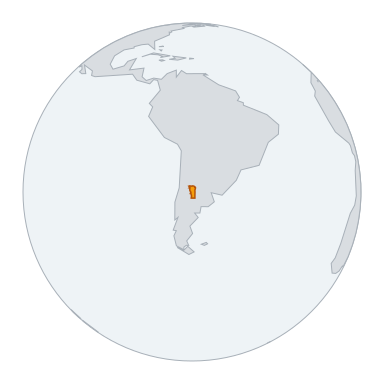 the Earth from above San Luis
{"feature_id": "ARG-1298", "entity_name": "San Luis", "entity_type": "Province", "adm_level": 1, "iso_a3": "ARG", "parent_name": "Argentina", "parent_adm1": "", "projection": "orthographic", "projection_center": [-66.295, -33.924], "detail": "fine", "context": "on_globe", "style": "filled", "palette": "amber", "viewbox_px": 384, "rotation_deg": 0, "n_neighbors": 0, "source": "natural_earth", "source_scale": "10m", "svg_char_len": 4421}
<svg xmlns="http://www.w3.org/2000/svg" viewBox="0 0 384 384"><circle cx="192" cy="192" r="169" fill="#eef3f6" stroke="#a8b0b8"/><path d="M165.4,25.2L164.4,25.4L167.1,25.3L170.1,24.7L169.1,24.6L171.8,24.3L186.3,23.1L200.8,23.3L210.5,24.2L211.1,24.4L203.8,24.3L191.8,23.9L182.3,25.5L194.4,24.3L195.7,25.6L198.4,25.9L201.8,25.9L203.6,25.5L205.3,26.1L194.0,27.1L192.3,26.5L195.9,26.1L190.2,26.1L182.6,27.6L183.9,28.5L171.1,31.0L171.8,31.9L169.5,33.2L169.1,31.5L169.5,34.8L154.6,41.2L154.8,49.5L148.2,44.1L141.9,44.7L134.2,46.7L134.1,48.0L124.1,49.9L114.6,55.8L110.2,64.2L113.0,69.2L124.1,65.9L127.9,61.3L136.3,58.5L129.5,69.9L144.0,68.1L142.1,76.8L146.2,80.5L153.7,78.1L161.4,79.3L167.2,73.6L176.3,70.1L176.3,77.2L181.5,70.5L186.5,73.7L204.8,73.6L203.3,75.1L218.7,84.8L235.6,90.9L239.5,97.3L237.4,100.6L243.3,102.7L243.4,105.2L266.8,114.6L278.8,124.9L278.4,134.2L268.3,142.3L259.1,165.3L241.0,169.9L236.3,180.3L222.1,195.2L211.2,192.7L214.3,201.8L208.2,206.7L201.1,206.6L199.9,213.0L194.6,213.0L198.2,217.5L189.9,226.1L192.6,233.5L186.7,240.9L188.7,245.4L186.3,245.3L183.9,247.1L183.8,249.7L176.4,245.8L173.9,235.8L176.3,230.7L173.2,230.1L178.0,217.3L174.8,220.0L174.9,202.1L179.2,187.9L181.3,150.8L177.5,144.2L164.4,137.5L148.6,116.4L152.7,106.9L149.3,103.4L160.3,90.2L157.6,80.4L153.7,79.6L149.8,83.8L136.8,80.2L132.6,74.2L95.0,76.7L91.6,75.5L92.4,70.9L84.5,65.0L85.8,73.6L81.8,73.7L79.5,71.8L82.0,69.4L81.9,65.8L79.0,67.1L81.6,64.1L92.1,55.8L103.1,48.3L114.8,41.7L126.9,36.1L139.4,31.4L152.3,27.8L165.4,25.2ZM153.6,52.9L170.3,55.8L160.4,57.5L162.4,56.3L158.2,54.8L150.3,54.2L141.8,56.8L153.6,52.9ZM161.8,46.6L158.9,46.7L161.8,46.3L161.8,46.6ZM188.9,254.5L177.1,247.4L183.7,250.4L187.8,246.3L194.1,251.9L188.9,254.5ZM201.3,244.2L206.3,242.4L207.6,243.8L204.4,245.4L201.3,244.2ZM311.3,72.3L305.9,67.2L302.7,64.4L311.3,72.3ZM348.1,256.6L343.0,266.8L342.4,266.0L339.0,271.1L335.7,273.4L332.1,273.1L331.2,263.4L335.2,257.9L340.8,243.4L350.3,213.3L354.7,205.1L356.3,195.9L355.2,170.5L355.8,161.8L354.5,155.7L352.4,152.8L350.4,145.6L348.8,143.1L335.4,132.0L328.7,121.0L314.7,96.1L315.3,91.0L310.9,82.7L311.2,72.2L312.3,73.3L320.6,82.4L328.3,92.1L335.2,102.4L341.4,113.1L346.8,124.2L351.3,135.7L355.0,147.5L357.8,159.6L359.7,171.8L360.8,184.1L360.9,196.4L360.1,208.8L358.4,221.0L355.9,233.1L352.4,245.0L348.1,256.6ZM317.0,80.1L318.4,82.2L317.0,80.1ZM205.4,73.5L207.5,75.0L204.6,74.9L205.4,73.5ZM158.9,60.1L162.5,59.8L164.3,60.5L161.5,61.2L158.9,60.1ZM189.7,58.1L194.0,58.6L189.5,59.1L189.7,58.1ZM172.9,56.2L186.3,57.9L177.7,60.1L169.2,59.3L175.2,58.3L172.9,56.2ZM159.8,49.8L162.0,50.0L161.2,51.0L159.8,49.8ZM163.9,46.4L163.0,46.6L162.0,46.0L163.9,46.4ZM196.4,25.5L197.3,25.4L200.7,25.6L199.0,25.8L196.4,25.5ZM216.2,26.0L218.5,27.0L215.7,26.2L213.8,26.4L205.6,25.2L211.0,24.5L210.0,24.9L216.2,26.0ZM196.0,24.0L200.7,24.5L195.4,24.1L196.0,24.0ZM270.7,341.5L267.1,343.2L269.1,342.1L270.7,341.5ZM83.3,321.2L82.3,320.0L87.2,323.8L93.5,328.5L98.7,332.5L83.3,321.2ZM73.0,311.9L73.6,312.5L71.0,309.5L81.1,318.8L79.0,317.4L74.6,313.5L73.7,312.6L73.0,311.9Z" fill="#d9dde1" stroke="#a8b0b8" stroke-width="1"/><path d="M194.9,195.2L194.9,197.7L194.9,198.1L192.6,198.1L191.2,198.1L191.2,197.8L191.3,197.6L191.3,197.2L191.4,196.9L191.4,196.7L191.5,196.6L191.5,196.4L191.5,196.2L191.5,195.9L191.4,195.8L191.5,195.6L191.4,195.4L191.4,195.2L191.3,194.7L191.0,194.2L190.9,194.0L190.9,193.9L190.8,193.7L190.8,193.4L190.7,193.4L190.8,193.3L190.7,193.2L190.7,192.9L190.8,192.8L190.9,192.7L190.9,192.4L190.8,192.2L190.7,192.1L190.7,191.9L190.4,191.8L190.4,191.7L190.3,191.4L190.3,191.2L190.2,191.1L189.9,190.6L189.9,190.4L189.8,190.2L189.8,189.7L189.8,189.4L189.8,189.2L189.7,189.1L189.7,188.9L189.7,188.7L189.8,188.6L189.7,188.5L189.7,188.4L189.6,188.0L189.5,187.9L189.5,187.7L189.4,187.7L189.5,187.6L189.4,187.6L189.3,187.2L189.3,186.9L189.3,186.6L189.2,186.5L189.3,186.5L189.3,186.3L189.3,186.2L189.3,185.9L189.5,185.9L189.9,185.9L190.0,185.9L190.1,186.0L190.3,186.0L190.9,186.0L191.1,186.0L191.3,186.1L191.5,186.1L191.8,186.1L192.1,186.1L192.3,186.1L192.5,186.0L192.6,185.9L192.8,186.0L193.0,186.0L193.3,186.0L193.6,186.0L193.8,186.1L194.5,186.5L194.6,186.8L194.7,187.0L194.7,187.3L194.8,187.3L195.1,187.3L195.3,187.2L195.4,187.3L195.4,187.5L195.5,187.8L195.5,188.0L195.4,188.3L195.4,188.5L195.3,188.8L195.2,189.1L195.2,189.3L195.1,189.5L194.9,189.8L195.0,192.1L194.9,195.2L194.9,195.2Z" fill="#f59e0b" stroke="#b45309" stroke-width="1.5"/></svg>